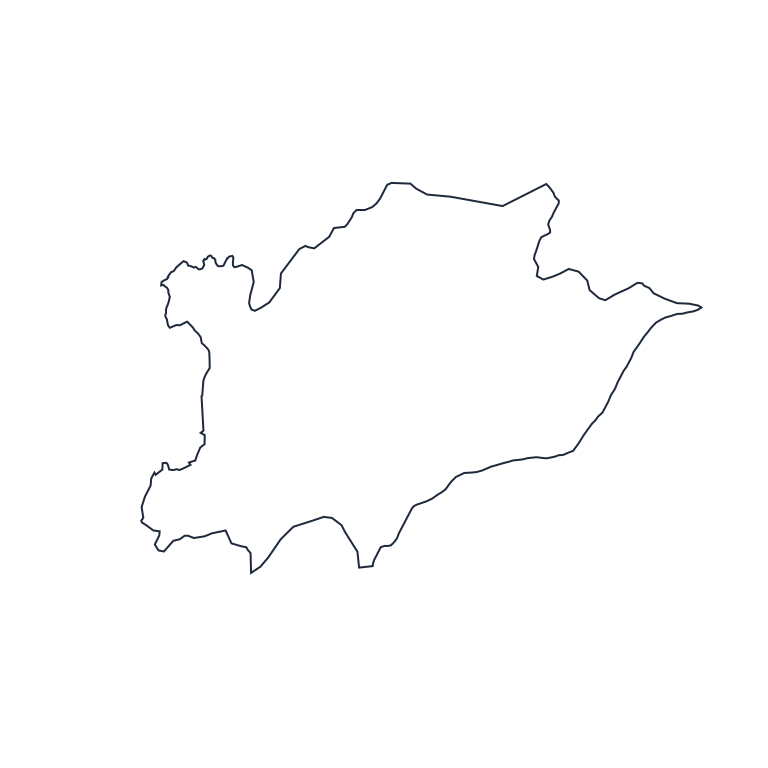 outline of Ijebu East, Ogun, Nigeria, rotated 28°
{"feature_id": "59680162B17778966736574", "entity_name": "Ijebu East", "entity_type": "district", "adm_level": 2, "iso_a3": "NGA", "parent_name": "Nigeria", "parent_adm1": "Ogun", "projection": "equal_earth", "projection_center": [4.163, 6.811], "detail": "fine", "context": "isolated", "style": "outline", "palette": "slate", "viewbox_px": 768, "rotation_deg": 28, "n_neighbors": 0, "source": "geoboundaries", "source_scale": "gbopen_adm2", "svg_char_len": 5301}
<svg xmlns="http://www.w3.org/2000/svg" viewBox="0 0 768 768"><g transform="rotate(28 384 384)"><path d="M433.4,131.2L405.2,171.2L354.8,187.4L333.1,196.5L320.7,196.4L313.2,194.7L296.3,202.9L293.3,206.6L293.5,222.1L292.6,228.0L290.5,233.4L285.5,239.3L278.1,243.2L276.8,247.5L277.3,252.1L276.6,259.9L275.7,263.5L266.6,269.8L266.5,279.8L258.7,297.0L252.7,298.8L249.8,298.9L248.9,300.3L247.6,302.1L245.9,304.6L241.1,334.8L247.0,348.2L244.4,365.9L239.3,374.8L235.6,380.0L232.2,380.5L229.4,378.5L226.9,375.9L224.3,368.8L221.1,355.1L213.8,345.7L209.6,345.2L202.8,345.6L198.1,350.4L197.0,351.1L195.1,350.3L194.1,348.8L191.6,343.0L189.9,342.1L187.4,344.3L186.9,346.7L186.5,346.8L186.7,354.7L186.0,355.7L183.7,357.2L181.9,357.8L179.3,356.6L178.7,356.1L178.2,355.6L177.9,355.4L177.6,355.1L177.3,354.5L177.0,353.7L176.7,353.5L176.0,353.3L175.6,353.1L174.9,352.7L174.7,352.6L174.4,352.8L174.2,353.0L173.9,353.1L173.6,353.1L173.2,353.0L172.8,352.9L172.4,352.7L172.1,352.5L172.0,352.4L171.7,352.2L171.4,352.0L171.1,351.9L170.9,352.0L170.6,352.1L170.3,352.3L169.7,352.5L169.6,352.8L169.5,353.0L169.3,353.2L169.2,353.5L169.0,353.8L168.9,354.2L168.7,354.4L168.7,354.5L168.7,354.9L168.6,355.2L168.6,355.4L168.6,355.7L168.7,355.9L168.7,356.2L168.7,356.4L168.7,356.6L168.7,356.8L168.4,357.1L168.2,357.3L168.1,357.6L167.9,357.7L167.8,357.8L167.7,358.0L167.5,358.3L167.3,358.2L166.9,358.0L166.8,358.4L166.8,359.2L166.7,359.8L166.7,360.4L167.8,361.4L168.5,362.3L169.3,363.2L169.4,366.8L169.0,367.8L167.3,369.4L166.4,369.7L164.4,369.3L163.6,369.1L162.9,369.0L162.3,369.4L161.8,370.0L161.2,370.6L160.7,370.4L160.2,370.4L159.8,370.5L159.4,370.5L159.2,370.5L158.7,370.6L158.2,370.7L157.9,370.8L157.4,370.8L156.9,370.9L156.4,371.0L156.1,371.1L155.8,371.3L155.6,371.4L155.0,371.0L154.6,370.7L154.1,370.1L153.5,369.6L152.4,369.3L149.4,369.6L148.1,372.6L147.0,375.6L145.9,378.3L145.3,383.1L143.5,385.2L142.9,389.1L143.0,389.5L143.1,389.8L143.1,390.1L142.9,390.4L142.9,390.5L142.8,391.1L143.3,391.2L143.2,391.7L143.2,392.1L143.2,392.6L143.1,392.9L143.1,393.2L142.9,393.5L142.5,394.0L142.0,394.7L141.6,395.2L141.1,395.9L140.7,396.6L140.4,397.0L140.1,397.7L139.7,398.3L140.0,399.1L140.2,399.7L140.5,400.3L140.6,400.6L140.7,400.9L140.8,401.1L140.9,401.4L141.0,401.6L142.1,400.4L142.5,400.1L142.9,400.1L143.4,400.2L143.8,400.5L144.6,400.6L145.7,400.7L147.3,401.0L149.5,402.3L150.5,404.4L152.7,406.4L154.0,407.7L155.3,412.4L156.0,416.6L156.0,418.5L156.6,420.5L157.7,422.8L158.4,424.3L158.6,426.2L160.4,427.9L161.9,428.8L163.1,430.3L164.0,431.5L165.0,432.7L165.9,433.7L168.5,434.9L172.9,429.5L176.3,427.9L178.0,425.4L180.9,421.4L188.6,423.8L192.3,425.8L196.0,426.7L200.3,428.8L202.1,431.2L203.9,433.4L208.9,434.7L212.8,436.2L214.7,437.8L219.1,445.3L222.6,451.7L222.2,457.8L222.1,458.3L222.4,462.6L223.1,466.2L228.9,479.4L228.6,480.4L246.5,510.0L245.1,513.2L249.7,513.3L253.8,521.3L251.6,526.4L252.3,534.1L252.9,538.3L253.4,540.0L252.5,540.9L252.4,541.0L248.7,544.9L251.1,546.2L247.3,551.6L243.8,556.0L240.8,556.6L238.6,558.8L234.5,560.4L231.7,557.4L229.9,556.1L228.8,555.8L225.7,557.8L228.5,563.6L226.5,568.0L225.0,571.3L222.9,570.0L222.9,571.6L222.8,576.7L225.6,583.2L225.8,595.6L227.7,606.3L229.0,608.1L233.9,614.6L234.3,615.2L233.8,618.7L235.4,620.0L239.5,620.2L249.1,621.6L255.1,619.4L256.7,623.3L257.0,633.3L263.0,636.8L268.3,635.2L269.8,629.0L270.4,626.3L271.6,621.3L276.6,616.9L279.2,611.6L282.2,610.0L288.5,609.2L297.1,602.7L302.3,596.5L312.9,587.7L324.1,596.3L333.7,594.4L339.1,592.8L341.3,594.3L345.5,595.9L346.7,597.9L355.3,613.2L360.6,603.4L363.2,591.8L365.7,569.5L371.0,552.6L383.7,539.6L393.1,529.7L400.8,526.7L412.8,528.6L419.1,533.0L439.3,544.6L448.2,557.8L459.5,550.1L458.5,547.3L457.9,544.0L457.9,539.5L457.8,534.9L457.8,529.5L460.5,526.7L463.9,524.9L465.9,523.1L467.3,518.5L467.9,514.0L467.2,508.5L467.2,503.1L467.2,496.7L467.1,491.2L467.1,485.8L467.1,480.3L467.2,480.0L467.8,477.6L469.8,474.9L476.5,467.8L480.5,462.3L483.2,456.8L485.9,452.3L487.9,447.7L488.6,442.2L489.2,438.6L491.2,432.2L494.6,427.7L496.6,424.9L502.7,421.2L506.8,418.5L510.8,414.8L517.5,406.6L527.0,397.4L531.0,393.8L533.7,391.0L541.8,385.5L545.9,381.8L550.0,379.1L552.7,377.2L562.1,373.5L565.5,370.8L568.9,368.0L572.2,364.4L573.0,364.1L575.7,362.3L578.4,358.8L582.4,354.2L582.9,350.6L583.7,345.1L584.4,335.0L585.0,330.4L586.3,321.3L587.7,316.8L588.3,312.2L590.3,306.8L590.3,303.1L590.3,298.6L590.3,294.0L589.6,287.7L590.2,279.5L589.5,273.2L589.4,259.5L590.1,255.0L590.1,250.4L590.1,245.0L589.3,238.6L590.0,233.2L590.7,227.7L591.3,220.4L592.6,214.1L593.3,209.5L595.3,202.2L598.6,196.8L601.3,193.1L602.5,192.0L606.1,188.6L607.5,187.0L610.2,184.3L614.2,182.1L618.2,178.4L622.9,174.8L626.3,171.1L628.3,167.5L624.7,167.2L615.8,169.8L604.7,175.1L591.6,176.9L579.3,177.3L575.7,175.7L573.2,174.7L567.7,175.1L564.6,173.9L560.2,175.8L554.9,184.8L545.7,196.8L540.1,206.1L533.7,207.3L521.5,204.6L514.8,197.2L503.1,193.4L493.1,195.7L487.6,203.9L482.3,210.3L475.6,217.0L468.2,216.9L465.3,208.3L462.8,206.6L457.7,203.2L456.4,199.2L456.0,195.8L455.2,191.2L454.4,187.2L454.0,184.3L454.0,180.4L457.9,175.2L459.6,172.4L458.4,170.1L454.1,166.1L453.3,162.1L453.8,157.6L453.4,153.0L453.4,150.7L453.4,146.7L453.5,142.7L452.2,139.9L449.7,139.3L446.7,138.2L444.2,135.9L440.8,134.1L439.2,133.4L437.0,132.4L433.4,131.2Z" fill="none" stroke="#1e293b" stroke-width="2"/></g></svg>